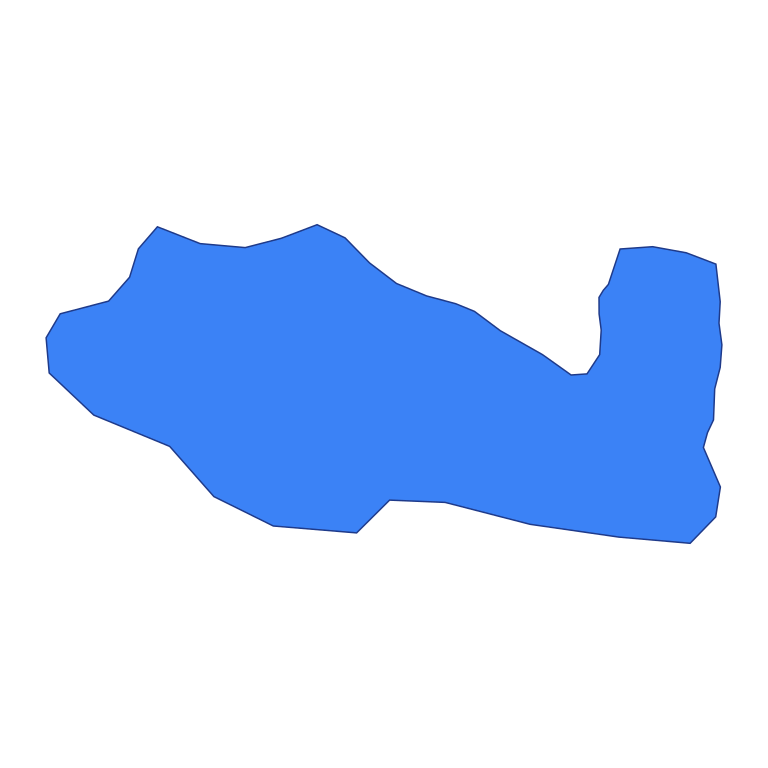 the Province of Siirt
{"feature_id": "TUR-3043", "entity_name": "Siirt", "entity_type": "Province", "adm_level": 1, "iso_a3": "TUR", "parent_name": "Turkey", "parent_adm1": "", "projection": "orthographic", "projection_center": [42.404, 37.927], "detail": "fine", "context": "isolated", "style": "filled", "palette": "blue", "viewbox_px": 768, "rotation_deg": 0, "n_neighbors": 0, "source": "natural_earth", "source_scale": "10m", "svg_char_len": 752}
<svg xmlns="http://www.w3.org/2000/svg" viewBox="0 0 768 768"><path d="M317.1,224.7L345.1,237.9L369.5,262.9L396.5,283.5L426.5,295.9L455.7,303.7L474.5,311.4L500.3,330.7L542.6,354.7L571.1,375.0L587.0,373.9L599.7,354.6L601.2,330.1L599.1,313.9L599.0,297.4L603.3,290.3L608.4,284.4L620.1,249.0L652.7,246.7L686.3,252.8L715.9,264.1L720.2,301.7L719.0,323.2L721.9,344.9L720.2,367.4L714.7,388.9L713.5,419.9L707.5,432.6L703.4,447.5L720.4,487.0L715.7,516.9L690.1,543.3L618.9,537.1L530.0,524.3L445.1,502.4L389.6,500.1L356.6,532.9L273.3,526.0L213.9,496.6L169.7,446.4L93.8,415.1L49.2,373.0L46.1,337.8L60.2,313.8L108.6,301.1L129.6,277.2L138.4,248.8L157.4,226.8L200.1,243.6L245.2,247.6L281.2,238.3L317.1,224.7Z" fill="#3b82f6" stroke="#1e3a8a" stroke-width="1.5"/></svg>